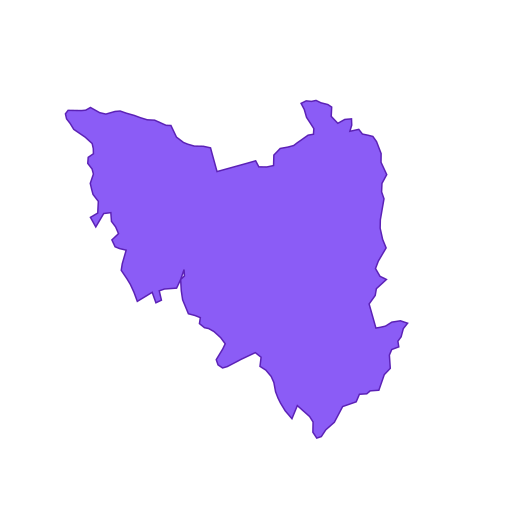 Campinas do Sul, Rio Grande do Sul, Brazil (Albers equal-area conic projection), rotated 344°
{"feature_id": "56859067B85635117870916", "entity_name": "Campinas do Sul", "entity_type": "district", "adm_level": 2, "iso_a3": "BRA", "parent_name": "Brazil", "parent_adm1": "Rio Grande do Sul", "projection": "albers", "projection_center": [-52.665, -27.74], "detail": "fine", "context": "isolated", "style": "filled", "palette": "violet", "viewbox_px": 512, "rotation_deg": 344, "n_neighbors": 0, "source": "geoboundaries", "source_scale": "gbopen_adm2", "svg_char_len": 2277}
<svg xmlns="http://www.w3.org/2000/svg" viewBox="0 0 512 512"><g transform="rotate(344 256 256)"><path d="M137.8,67.6L132.5,68.9L128.3,68.1L115.5,64.2L112.0,66.8L111.7,71.9L113.9,77.4L115.7,84.0L124.5,94.6L129.5,102.7L129.2,107.9L127.9,112.9L121.9,114.9L119.8,120.6L122.4,127.2L122.3,132.4L116.7,140.5L116.4,146.4L116.3,151.9L119.5,160.0L115.7,171.1L107.5,173.2L110.0,183.9L121.3,173.2L128.4,174.3L126.6,182.9L129.1,189.4L130.0,196.6L121.9,200.8L123.1,208.3L126.8,211.2L132.8,214.6L125.3,226.6L122.5,232.6L125.7,242.4L127.4,248.7L128.7,257.3L129.4,266.9L146.2,262.3L146.9,273.4L152.9,272.4L153.4,262.8L158.9,262.5L170.8,265.0L177.1,257.8L174.6,268.8L173.4,277.9L175.1,292.9L180.8,296.3L185.5,299.9L183.0,305.4L186.7,310.7L190.5,312.7L194.8,317.1L199.5,324.7L202.2,331.9L198.5,336.1L189.2,344.7L189.5,350.2L193.0,354.4L197.9,354.4L213.3,351.2L228.7,348.7L233.0,354.7L229.4,363.2L234.0,368.4L237.4,376.0L238.3,382.5L237.4,391.9L238.0,398.6L239.0,404.1L241.4,412.9L245.7,422.3L254.5,411.2L263.3,425.1L265.1,431.3L262.1,441.1L264.2,447.8L269.0,447.6L275.2,442.3L285.5,437.4L297.8,424.6L312.1,423.8L317.3,417.4L324.5,419.0L328.6,417.1L337.1,418.9L346.6,405.4L354.1,401.0L356.9,388.0L360.7,383.3L368.2,382.7L368.9,377.0L373.2,373.7L377.6,366.4L383.2,362.4L377.0,358.1L368.4,357.0L361.1,359.1L355.8,358.8L351.4,358.3L351.5,333.3L359.7,326.8L362.7,320.6L374.9,314.5L369.6,309.7L367.4,301.0L372.2,294.6L383.3,284.1L382.3,275.0L383.0,263.5L385.5,255.5L390.9,244.3L394.8,236.3L394.4,229.0L397.1,220.9L404.1,213.8L402.0,200.4L404.5,192.0L403.4,179.3L401.3,173.3L397.2,170.9L391.9,168.1L389.7,162.6L380.6,162.0L384.1,156.6L385.6,150.5L379.0,149.2L371.2,151.0L366.8,142.5L369.8,133.7L366.8,130.2L360.6,126.6L356.6,123.0L352.0,122.7L347.0,120.7L341.4,121.7L342.8,128.4L342.8,136.7L344.7,142.8L346.7,149.5L344.8,154.8L339.4,154.2L326.7,158.6L322.7,160.2L316.7,160.1L308.9,159.3L301.0,163.9L297.8,173.9L290.9,173.4L283.3,171.1L281.9,164.4L274.1,164.4L241.8,164.1L242.0,145.3L242.1,139.5L235.6,136.0L227.1,133.4L221.2,129.7L217.6,126.9L212.3,119.8L210.2,107.1L205.6,105.6L196.0,97.5L189.0,95.1L183.0,91.2L177.7,87.3L170.6,82.9L165.4,79.2L160.4,78.2L150.8,78.2L145.2,75.1L137.8,67.6ZM177.1,257.8L183.1,249.2L181.7,255.5L177.1,257.8Z" fill="#8b5cf6" stroke="#5b21b6" stroke-width="1.5"/></g></svg>